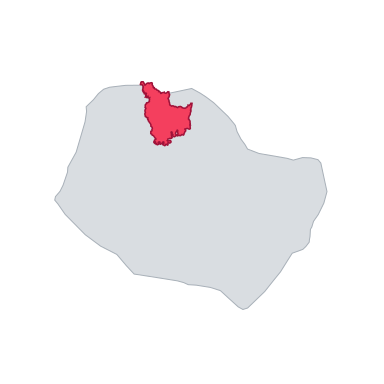 Linakeng, Thaba-Tseka, Lesotho shown in context, rotated 248°
{"feature_id": "5366337B53729511602766", "entity_name": "Linakeng", "entity_type": "district", "adm_level": 2, "iso_a3": "LSO", "parent_name": "Lesotho", "parent_adm1": "Thaba-Tseka", "projection": "orthographic", "projection_center": [28.976, -29.679], "detail": "fine", "context": "in_parent", "style": "filled", "palette": "rose", "viewbox_px": 384, "rotation_deg": 248, "n_neighbors": 0, "source": "geoboundaries", "source_scale": "gbopen_adm2", "svg_char_len": 6855}
<svg xmlns="http://www.w3.org/2000/svg" viewBox="0 0 384 384"><g transform="rotate(248 192 192)"><path d="M248.6,253.7L238.8,256.8L237.4,257.1L231.1,256.4L222.7,257.2L216.1,258.9L211.0,259.6L202.6,268.6L187.6,292.8L183.6,297.9L182.5,307.4L179.1,315.0L174.8,320.9L170.6,322.3L158.0,320.1L141.8,317.3L132.3,310.1L123.8,300.6L119.3,293.7L114.6,289.9L113.0,287.8L106.4,284.7L103.8,283.0L101.6,281.9L98.9,277.3L97.3,273.3L97.7,262.0L93.0,255.4L84.8,244.1L79.7,234.9L72.5,222.2L68.1,211.3L63.6,200.1L64.0,195.2L68.2,191.8L80.4,185.9L89.9,181.4L96.7,173.2L104.0,161.1L107.5,153.8L111.1,150.4L115.0,145.3L121.9,133.9L129.5,121.2L137.6,107.6L148.1,103.6L162.3,98.9L176.0,87.0L192.4,77.0L218.8,66.0L231.2,63.2L235.9,61.7L238.9,63.7L242.1,69.9L246.6,75.0L257.0,84.0L261.5,86.2L272.3,99.5L283.8,108.6L297.1,119.1L306.1,124.4L310.7,125.8L314.5,135.2L318.3,142.1L320.4,148.6L320.0,154.9L315.8,170.3L309.6,186.1L304.7,192.7L298.8,196.8L293.0,203.0L290.7,215.7L288.1,230.5L280.5,236.7L274.7,240.7L266.6,245.6L248.6,253.7Z" fill="#d9dde1" stroke="#a8b0b8" stroke-width="1"/><path d="M274.2,225.3L274.6,224.5L274.7,224.1L274.0,223.8L273.9,223.1L273.2,221.9L274.1,220.9L273.4,220.5L272.6,219.4L272.6,219.1L272.8,218.8L272.7,218.5L272.3,218.1L272.2,216.8L272.6,216.3L272.8,216.2L272.9,215.5L273.6,214.9L273.8,214.4L274.7,214.3L275.8,213.1L275.6,212.6L276.0,212.1L276.1,211.6L276.0,210.9L275.6,210.4L275.8,210.0L276.7,209.2L277.1,209.2L277.4,208.9L277.5,208.8L277.5,208.4L277.7,207.6L278.6,207.3L278.7,206.9L279.1,206.5L279.2,206.2L279.3,205.1L280.5,204.6L280.8,204.1L281.1,204.2L281.9,204.1L282.4,204.4L282.9,204.6L283.7,204.6L283.9,204.5L284.5,204.7L284.9,204.6L285.5,205.0L287.6,204.8L288.0,205.0L288.0,205.3L288.2,205.7L288.7,206.1L289.0,206.6L289.5,206.7L290.1,207.4L290.5,207.7L290.9,207.8L291.4,207.5L291.6,207.4L292.3,207.8L293.5,208.0L293.5,207.7L293.8,207.5L293.7,207.2L294.0,207.0L293.6,206.1L293.3,204.9L293.5,204.4L293.9,203.9L295.0,203.7L294.8,203.1L295.1,202.5L295.1,202.3L295.2,201.7L295.3,201.4L294.9,200.7L295.2,199.9L296.1,200.1L296.7,199.9L297.1,199.6L297.5,198.8L297.9,199.2L298.3,199.2L298.9,198.6L299.4,197.7L300.2,197.7L300.5,197.5L300.9,197.3L301.4,196.2L301.8,196.2L302.3,195.9L302.7,196.1L302.7,195.7L303.1,195.3L303.3,195.2L303.8,195.6L304.7,195.5L304.9,195.6L306.4,195.2L307.0,195.7L308.0,195.9L308.3,195.7L308.5,195.5L308.9,193.7L308.5,193.1L308.5,192.9L309.6,192.2L309.4,191.8L309.6,191.4L309.6,190.4L309.2,189.9L309.0,189.3L308.8,189.0L308.7,188.4L309.2,188.3L310.3,188.4L310.9,188.1L311.4,188.3L312.5,188.0L313.1,186.6L313.1,186.2L312.7,186.0L312.7,185.6L312.2,185.5L311.9,185.0L311.3,184.6L311.0,184.4L310.7,184.7L310.4,185.4L309.7,186.2L309.2,186.3L308.9,186.1L308.1,186.3L307.4,186.1L307.4,185.7L307.0,185.6L306.5,185.3L306.1,185.3L305.9,184.9L305.5,184.6L305.1,184.6L304.9,184.3L304.6,184.4L304.5,184.8L304.1,184.9L303.7,184.2L303.2,184.3L303.2,184.7L303.1,184.9L302.8,184.8L302.5,184.4L302.1,184.5L302.2,185.1L302.0,185.3L301.7,185.2L301.6,184.9L301.3,184.7L300.9,184.6L300.8,184.9L300.5,185.1L300.6,185.4L300.3,185.5L300.7,185.7L300.9,186.1L300.9,186.4L300.5,186.7L299.9,186.1L299.8,185.7L299.6,185.6L299.3,185.9L299.0,185.9L299.0,185.5L298.6,185.1L298.4,185.3L298.3,185.6L298.1,185.6L297.9,185.3L298.1,185.0L297.7,184.7L297.5,184.4L297.2,185.2L297.3,185.6L297.1,185.6L296.6,185.3L296.5,185.5L296.5,185.9L296.8,186.3L297.1,186.8L296.5,186.6L296.2,186.6L296.1,186.3L295.8,186.5L295.9,187.0L296.2,187.1L296.2,187.3L295.3,187.3L295.1,187.5L295.1,187.9L294.8,187.6L294.2,187.2L293.9,187.4L293.7,187.2L293.3,187.1L292.8,186.6L292.1,186.5L291.8,186.4L291.7,186.0L291.7,185.5L291.5,185.1L291.5,183.9L291.7,183.3L290.9,182.9L290.8,182.0L290.1,181.1L289.3,181.0L287.9,180.1L287.6,180.3L287.3,180.6L286.9,180.6L286.6,180.4L285.5,179.0L285.2,179.0L284.3,178.6L283.5,178.7L283.0,178.5L282.8,178.0L281.9,177.4L281.3,177.4L280.7,177.2L280.1,177.4L279.5,177.0L279.0,177.6L278.4,177.6L278.1,177.7L277.5,178.9L277.4,178.9L277.1,178.9L276.4,178.2L276.0,178.1L275.4,178.5L274.5,178.1L274.1,178.2L273.7,178.5L272.6,178.5L271.2,179.0L270.8,179.0L270.5,179.1L270.0,179.0L269.5,179.1L268.8,178.6L268.4,178.5L267.9,178.8L267.5,178.9L267.2,179.2L266.9,179.3L265.6,179.0L265.1,178.3L263.9,177.9L263.6,177.4L263.7,176.8L263.7,176.6L263.1,176.2L262.2,176.0L261.8,175.7L261.3,175.7L260.7,176.4L259.5,176.4L258.9,177.2L258.2,177.5L257.2,177.7L256.6,177.9L255.9,177.9L255.3,178.4L254.6,178.4L254.2,178.0L254.2,177.6L254.3,177.1L254.2,176.7L253.4,176.1L253.1,175.6L252.2,175.2L251.4,175.5L251.7,175.8L252.4,176.1L252.4,176.6L252.2,176.9L251.9,176.9L251.5,176.6L250.5,176.3L249.9,176.5L250.3,176.9L250.3,177.1L250.1,177.3L249.0,177.5L248.8,177.6L248.7,177.7L248.7,178.2L248.8,179.2L249.0,179.6L249.4,179.6L250.4,179.1L250.8,179.4L250.9,179.8L250.6,180.8L250.1,181.0L248.9,180.4L248.4,180.4L248.1,180.6L248.1,181.2L248.2,181.9L249.3,183.9L249.2,184.3L249.0,184.5L248.8,184.6L248.4,184.4L247.6,184.1L247.4,183.7L247.3,182.9L246.9,182.7L246.8,183.0L246.4,183.1L245.4,183.8L245.1,184.2L245.2,184.5L246.0,185.5L246.0,185.9L245.8,186.3L245.7,186.4L245.3,186.3L244.7,186.7L244.6,186.9L244.7,187.3L245.1,187.6L245.3,187.7L245.8,187.6L246.7,188.2L246.7,188.4L245.8,189.4L245.7,190.2L245.8,190.6L246.2,191.3L246.8,191.5L247.5,191.4L248.0,191.2L248.1,190.9L248.1,189.9L248.4,188.4L248.6,188.3L248.9,188.2L249.2,188.8L249.7,189.2L250.2,189.4L250.2,189.5L250.1,189.9L250.1,191.6L249.5,192.9L249.7,193.6L249.8,194.0L250.0,194.0L250.3,193.8L252.2,194.1L254.0,194.8L255.2,194.9L255.4,195.1L255.5,195.3L255.4,195.5L255.0,195.9L254.6,195.9L253.5,195.4L253.2,195.4L252.5,195.8L252.3,195.8L251.9,195.2L251.4,195.1L250.2,195.8L249.8,196.3L249.8,197.0L250.3,198.0L250.5,198.2L250.8,198.5L251.1,198.6L252.1,198.5L253.5,199.4L254.2,200.8L254.8,201.2L254.9,201.4L254.8,201.7L254.3,201.8L253.6,201.5L253.0,201.0L251.6,201.0L251.2,200.8L250.6,199.5L250.4,199.3L249.8,199.1L249.4,199.6L249.5,201.1L249.4,201.3L248.7,201.9L248.6,202.3L248.6,203.0L249.0,203.6L249.1,204.1L248.8,204.6L248.1,205.1L248.0,205.4L248.2,205.5L248.4,206.1L249.0,206.3L249.8,207.4L250.6,208.0L251.0,209.1L252.0,209.3L252.5,208.9L252.9,208.9L253.2,209.2L253.1,209.5L252.8,209.8L252.8,210.4L252.9,210.7L252.8,211.4L251.6,212.6L251.2,213.2L251.3,214.0L251.8,214.4L252.7,214.5L253.8,215.0L254.7,215.0L255.1,215.1L255.3,215.3L255.1,215.6L255.4,215.6L256.1,216.0L256.4,215.9L256.8,216.2L257.2,216.1L258.0,216.6L258.4,216.6L258.5,216.7L258.8,216.6L259.2,216.7L259.6,216.4L260.1,216.4L260.5,216.2L260.6,216.4L260.9,216.1L261.3,216.4L261.9,216.4L262.3,216.9L262.9,217.2L262.9,217.4L263.1,217.5L263.7,218.0L264.0,218.5L264.1,218.8L264.3,219.1L264.5,219.1L265.0,219.4L265.0,219.6L266.2,220.2L266.7,220.8L267.1,221.0L267.3,221.3L267.5,221.5L267.9,221.2L268.6,221.3L268.8,221.7L269.3,222.2L270.3,222.4L270.7,223.1L271.1,223.5L271.6,223.7L272.2,224.2L272.9,224.5L274.2,225.3Z" fill="#f43f5e" stroke="#9f1239" stroke-width="1.5"/></g></svg>